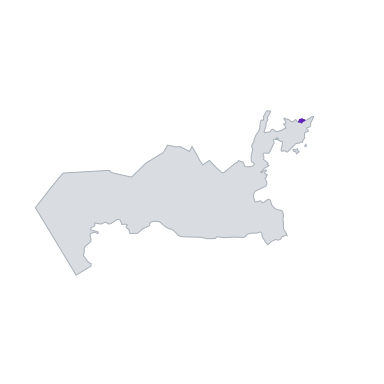 Paxtaabad, Andijon, Uzbekistan shown in context, rotated 324°
{"feature_id": "79887680B2052385520334", "entity_name": "Paxtaabad", "entity_type": "district", "adm_level": 2, "iso_a3": "UZB", "parent_name": "Uzbekistan", "parent_adm1": "Andijon", "projection": "equal_earth", "projection_center": [72.425, 40.981], "detail": "fine", "context": "in_parent", "style": "filled", "palette": "violet", "viewbox_px": 384, "rotation_deg": 324, "n_neighbors": 0, "source": "geoboundaries", "source_scale": "gbopen_adm2", "svg_char_len": 4383}
<svg xmlns="http://www.w3.org/2000/svg" viewBox="0 0 384 384"><g transform="rotate(324 192 192)"><path d="M294.5,172.8L299.8,170.3L302.7,172.0L303.0,173.0L299.7,174.8L296.8,175.8L295.9,178.2L293.0,179.2L290.1,182.5L285.5,185.8L285.4,186.5L285.8,187.0L287.3,187.4L290.3,189.2L293.2,188.2L293.9,188.4L294.7,189.5L295.4,192.5L296.7,193.3L300.9,194.9L304.0,194.9L305.6,195.5L305.8,195.3L306.1,190.8L307.4,191.5L308.8,191.0L309.4,188.7L309.1,187.3L310.1,186.4L310.7,187.0L310.7,188.3L312.2,189.2L313.3,191.4L313.7,194.0L316.6,194.6L317.6,194.2L318.4,194.4L318.8,197.7L319.2,197.9L321.7,197.3L324.1,198.6L326.6,201.1L329.5,201.2L330.1,201.7L332.2,201.3L334.5,202.0L334.6,202.4L334.2,202.9L328.6,205.9L327.0,208.0L325.7,208.6L322.4,207.5L321.8,208.7L322.4,210.0L321.6,211.3L319.9,210.8L319.5,210.2L317.8,210.5L315.9,212.7L314.9,214.5L313.0,215.0L310.5,216.8L309.4,215.4L307.6,215.6L305.2,214.1L304.0,213.9L293.1,215.7L292.2,215.5L291.1,213.0L288.4,211.7L288.5,210.5L294.2,205.5L294.8,203.9L293.0,203.1L293.3,201.7L289.7,197.7L289.1,197.5L288.6,197.6L287.2,200.6L277.5,205.7L276.1,205.3L273.9,203.3L272.5,202.7L270.8,204.3L270.8,206.2L269.0,207.7L270.5,213.0L270.4,213.6L269.1,213.8L270.0,215.8L269.2,216.0L264.6,215.3L259.2,216.5L259.4,217.3L264.2,217.2L264.8,217.5L264.9,218.2L264.6,218.6L262.1,219.1L261.8,219.9L263.1,222.2L262.5,222.7L261.6,222.3L260.8,223.8L259.2,223.7L258.3,228.2L256.9,229.8L255.1,230.6L243.7,228.5L240.7,229.9L238.7,232.0L237.3,236.9L237.4,237.5L242.3,239.4L243.0,242.4L248.9,242.6L249.9,243.1L250.3,243.9L250.6,244.7L248.8,249.6L249.4,254.0L250.3,256.0L253.7,259.8L253.5,262.0L252.7,263.8L251.7,265.5L250.6,266.2L249.1,268.3L247.7,270.8L245.2,274.2L244.3,276.1L243.9,281.5L243.2,283.1L243.1,282.5L242.2,281.9L239.6,281.7L239.1,281.0L235.7,282.3L233.6,281.7L231.5,279.5L227.4,278.7L222.2,279.2L222.2,273.6L222.5,269.4L224.4,266.1L224.3,265.5L223.5,264.3L220.4,263.4L216.8,260.8L213.4,259.1L211.5,258.6L209.3,259.5L207.3,259.2L198.5,252.5L191.0,247.7L185.9,242.8L183.4,243.3L176.8,238.7L172.7,233.9L158.8,223.3L156.1,220.7L155.5,219.4L154.6,212.9L153.5,209.9L151.8,208.3L150.3,205.2L148.4,197.6L147.6,196.2L143.5,193.0L141.1,192.2L139.2,192.7L138.2,194.0L136.7,194.1L130.6,192.8L123.7,193.4L117.8,189.5L117.5,188.9L117.6,187.9L118.9,185.3L118.7,184.2L118.0,183.0L118.1,181.7L118.7,181.0L119.8,181.2L120.2,180.8L120.1,180.1L118.8,178.5L116.2,177.1L116.7,176.1L117.0,173.6L117.5,172.4L117.2,171.9L115.2,170.1L108.5,170.0L106.9,169.5L105.7,168.8L104.6,166.1L104.0,165.5L99.4,164.4L95.0,159.7L93.9,161.8L93.0,162.2L89.4,161.7L87.6,162.9L91.6,167.7L92.5,169.1L92.4,170.0L91.1,170.2L90.1,167.9L89.4,167.2L85.3,166.0L83.8,167.4L83.3,169.3L81.3,172.4L79.1,172.9L74.1,173.1L72.5,173.8L71.4,174.7L69.3,177.4L66.7,179.6L66.9,188.4L68.4,190.6L66.6,192.5L49.4,191.2L56.1,112.6L81.1,105.4L98.8,100.9L136.9,125.3L137.8,126.2L138.2,128.4L139.1,130.0L151.8,144.4L171.9,141.5L192.1,143.2L199.8,139.7L205.5,146.0L209.1,148.3L213.8,157.6L218.8,155.2L217.6,166.3L216.9,169.7L216.6,176.4L224.7,176.6L226.1,187.5L227.7,194.3L229.4,195.1L244.7,194.1L245.9,194.7L248.1,193.9L249.4,196.1L250.9,197.6L249.8,202.4L251.6,204.3L255.8,206.6L258.4,206.5L258.9,205.7L258.8,204.5L258.2,203.4L258.3,202.0L258.7,200.9L261.3,197.3L265.6,193.8L266.5,192.5L266.9,190.2L268.4,189.0L272.0,187.5L272.6,186.4L277.0,183.6L281.9,181.8L284.2,180.4L286.3,177.7L289.5,174.8L290.7,174.8L291.6,175.6L292.3,175.7L294.5,172.8ZM293.2,199.6L292.7,198.2L291.9,197.7L291.5,197.9L292.7,199.7L293.2,199.6ZM302.3,222.5L299.0,222.5L299.6,220.3L298.4,219.3L298.2,218.2L298.5,217.2L299.3,216.9L300.2,218.4L302.7,219.1L301.9,220.6L302.5,222.2L302.3,222.5ZM312.1,220.3L311.5,222.2L310.1,221.3L310.3,220.9L312.1,220.3Z" fill="#d9dde1" stroke="#a8b0b8" stroke-width="1"/><path d="M324.6,200.2L325.2,200.2L325.2,199.9L325.0,199.7L324.9,199.5L324.7,199.2L324.5,198.9L324.3,198.7L324.2,198.6L323.8,198.9L323.7,198.8L324.0,198.2L324.0,197.7L323.7,197.5L323.4,197.4L323.1,197.4L322.9,197.3L322.7,197.3L322.4,197.2L322.2,197.0L321.8,196.9L321.7,196.9L321.4,196.9L321.3,197.0L321.0,197.3L320.6,197.6L320.3,197.7L320.0,197.8L319.8,197.9L319.8,198.4L320.5,198.7L320.9,198.9L321.1,199.2L321.5,199.1L321.9,198.8L322.3,198.6L322.7,198.8L322.6,199.2L322.1,199.6L321.7,200.0L321.3,200.0L320.9,200.5L321.6,200.2L322.0,200.2L322.4,200.0L323.2,200.0L323.9,199.9L324.4,200.2L324.6,200.2Z" fill="#8b5cf6" stroke="#5b21b6" stroke-width="1.5"/></g></svg>